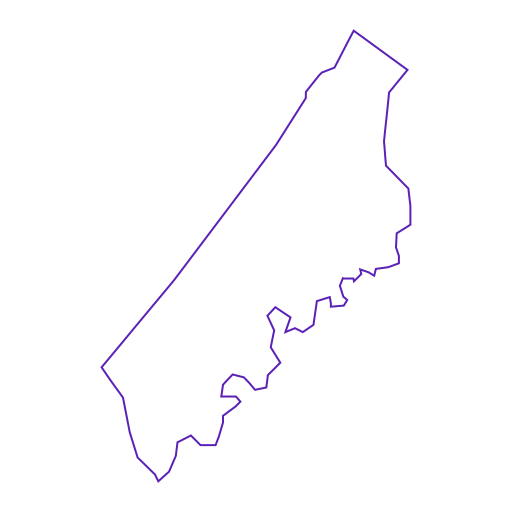 Kparblee, Nimba, Liberia
{"feature_id": "62588387B31416079447902", "entity_name": "Kparblee", "entity_type": "district", "adm_level": 2, "iso_a3": "LBR", "parent_name": "Liberia", "parent_adm1": "Nimba", "projection": "orthographic", "projection_center": [-8.524, 6.647], "detail": "fine", "context": "isolated", "style": "outline", "palette": "violet", "viewbox_px": 512, "rotation_deg": 0, "n_neighbors": 0, "source": "geoboundaries", "source_scale": "gbopen_adm2", "svg_char_len": 1384}
<svg xmlns="http://www.w3.org/2000/svg" viewBox="0 0 512 512"><path d="M160.1,479.7L163.3,476.8L169.0,471.7L175.8,455.9L177.5,442.3L190.9,435.5L200.5,445.1L215.6,445.1L219.0,436.1L223.0,422.5L223.0,415.8L235.9,406.2L240.4,401.6L235.9,396.5L221.3,396.5L221.8,393.2L223.0,384.7L228.5,378.8L231.4,375.8L232.6,374.5L235.8,375.3L243.8,377.3L248.8,382.4L255.0,389.8L266.3,387.5L267.9,375.1L271.3,371.7L280.3,362.7L270.8,347.4L271.2,345.1L272.8,337.0L274.2,330.4L267.4,315.7L268.5,314.6L275.3,307.2L290.5,317.4L285.4,332.1L295.0,328.2L302.8,332.1L313.5,324.8L313.9,321.8L316.9,301.1L329.8,297.1L330.9,303.3L330.9,306.7L343.8,305.6L347.2,300.0L343.3,296.6L339.9,285.8L342.9,278.2L343.4,278.5L353.4,278.5L354.0,281.3L361.3,274.0L360.2,269.4L368.6,272.3L374.2,275.7L375.4,270.7L375.9,268.9L388.2,267.2L398.9,263.3L398.9,255.9L396.0,247.4L396.7,233.3L410.4,224.7L410.4,218.5L410.4,206.0L409.1,195.1L408.4,188.6L386.0,165.7L385.0,153.9L384.5,147.0L384.0,141.5L384.8,133.4L386.9,114.0L389.1,92.4L393.8,86.7L394.4,85.9L407.5,69.9L402.7,66.4L402.1,66.0L371.4,43.6L353.7,30.7L347.3,42.9L334.5,67.6L322.0,72.5L320.9,73.5L319.1,75.3L305.9,91.9L305.8,98.1L286.8,128.0L276.0,145.0L226.7,210.4L174.2,280.0L163.5,292.9L134.5,327.7L122.1,342.7L101.6,367.3L110.7,380.6L123.0,397.6L129.7,432.1L137.6,457.5L155.0,474.5L157.9,480.5L158.3,481.3L160.1,479.7Z" fill="none" stroke="#5b21b6" stroke-width="2"/></svg>